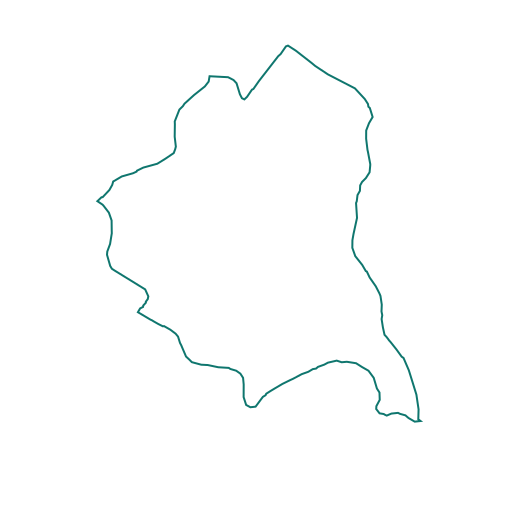 San José Pinula, Guatemala (orthographic projection), rotated 77°
{"feature_id": "79465075B29005595464714", "entity_name": "San José Pinula", "entity_type": "district", "adm_level": 2, "iso_a3": "GTM", "parent_name": "Guatemala", "parent_adm1": "", "projection": "orthographic", "projection_center": [-90.33, 14.549], "detail": "fine", "context": "isolated", "style": "outline", "palette": "teal", "viewbox_px": 512, "rotation_deg": 77, "n_neighbors": 0, "source": "geoboundaries", "source_scale": "gbopen_adm2", "svg_char_len": 2360}
<svg xmlns="http://www.w3.org/2000/svg" viewBox="0 0 512 512"><g transform="rotate(77 256 256)"><path d="M166.9,398.2L171.4,394.0L172.6,393.3L180.7,389.6L188.9,388.7L198.5,390.8L201.4,391.4L211.5,395.5L218.2,399.9L221.3,400.9L232.9,400.3L236.0,399.3L238.4,397.0L263.6,371.5L271.1,370.0L273.7,371.2L275.7,373.6L276.7,373.8L278.9,377.0L280.2,377.5L281.0,380.7L284.2,383.7L294.4,373.0L295.1,372.0L296.6,370.5L300.2,366.6L303.6,362.5L303.6,361.4L308.5,356.1L313.6,351.8L317.0,350.1L323.6,349.6L326.3,348.9L328.1,348.6L338.2,346.8L341.9,344.3L345.0,342.4L349.6,333.8L351.4,327.5L355.9,317.8L358.9,307.7L360.3,306.4L363.3,301.1L367.1,297.7L371.8,296.0L378.4,296.9L390.7,299.8L398.9,299.1L402.1,295.5L402.7,290.3L394.8,281.0L393.8,278.0L392.5,277.0L390.8,272.2L389.3,267.6L386.6,259.1L384.6,250.6L384.0,247.6L381.4,238.0L380.6,231.1L379.0,226.1L379.2,222.8L378.0,220.6L377.2,213.9L376.1,209.9L376.1,200.9L378.8,196.4L379.5,191.3L383.0,182.6L388.0,177.7L393.1,172.2L401.2,168.7L412.3,168.0L416.8,166.4L424.0,167.8L429.4,172.5L432.1,173.3L437.1,171.0L438.7,167.1L439.6,166.2L440.9,164.5L440.0,159.5L440.8,152.9L442.2,151.2L444.9,146.2L446.2,145.3L448.2,143.8L453.1,138.6L453.8,132.8L451.6,134.6L442.0,132.1L427.2,130.9L414.9,131.8L401.7,132.8L388.5,135.2L386.9,136.7L378.6,140.2L370.2,144.2L368.0,145.4L366.5,146.0L364.1,147.1L361.7,148.5L354.0,148.4L345.7,147.8L342.1,146.3L338.3,146.2L331.7,144.4L322.9,143.7L320.0,144.2L312.5,146.1L302.5,150.1L296.1,151.5L295.4,152.4L288.6,154.5L278.5,159.3L269.7,160.3L262.3,158.5L256.4,156.0L241.6,149.0L226.9,146.6L225.3,145.5L219.5,143.4L215.9,140.1L210.6,138.6L207.7,136.0L204.8,131.4L200.0,126.5L193.7,124.4L192.2,124.0L179.7,123.5L177.7,123.5L166.5,122.3L158.5,120.4L152.0,116.0L146.8,111.1L137.4,111.8L135.8,112.9L133.1,112.7L127.5,114.7L114.9,121.9L95.2,145.1L84.1,155.6L80.8,158.1L64.9,171.0L58.2,177.5L58.5,179.7L64.8,186.6L66.3,189.4L86.2,213.8L92.7,221.0L93.0,222.5L98.9,228.9L100.8,232.1L99.1,234.2L94.8,235.3L83.3,236.1L79.5,238.3L77.6,240.5L75.5,243.0L70.4,260.8L75.4,262.9L79.3,267.7L85.2,280.1L91.5,291.4L93.6,293.6L96.1,297.7L106.6,304.9L109.3,305.4L121.5,308.4L131.4,309.5L133.9,310.8L137.2,313.0L140.8,322.3L143.9,331.4L144.5,345.9L146.1,352.8L146.9,353.4L147.7,357.2L148.3,368.9L151.3,378.4L154.4,380.1L158.7,384.0L164.2,392.2L164.0,393.3L166.9,398.2Z" fill="none" stroke="#0f766e" stroke-width="2"/></g></svg>